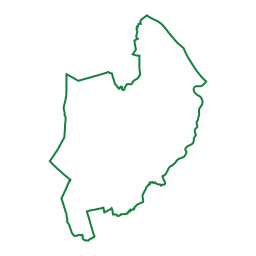 outline of Cang Long, Trà Vinh, Vietnam
{"feature_id": "81297802B14177599577280", "entity_name": "Cang Long", "entity_type": "district", "adm_level": 2, "iso_a3": "VNM", "parent_name": "Vietnam", "parent_adm1": "Trà Vinh", "projection": "equal_earth", "projection_center": [106.203, 9.971], "detail": "fine", "context": "isolated", "style": "outline", "palette": "green", "viewbox_px": 256, "rotation_deg": 0, "n_neighbors": 0, "source": "geoboundaries", "source_scale": "gbopen_adm2", "svg_char_len": 5643}
<svg xmlns="http://www.w3.org/2000/svg" viewBox="0 0 256 256"><path d="M183.4,47.9L182.8,47.5L177.6,43.1L175.5,40.8L168.7,32.7L165.4,28.3L163.7,26.3L161.6,24.1L159.3,22.3L156.6,20.7L155.7,20.3L154.6,19.9L149.2,17.0L146.8,15.4L141.9,19.2L141.3,19.5L141.0,19.9L140.8,20.3L140.2,22.3L140.5,22.7L140.8,23.8L139.9,23.7L139.7,23.8L138.9,23.9L138.6,23.9L138.4,24.3L138.2,25.4L138.1,26.3L137.1,26.4L136.6,27.5L137.2,28.4L136.5,29.4L137.4,32.0L136.7,34.1L136.4,35.2L136.3,36.8L136.5,37.7L136.7,38.0L137.7,38.7L136.9,39.1L134.4,40.6L134.7,42.9L135.9,49.5L135.6,50.1L132.7,54.3L136.2,55.4L136.7,55.5L139.4,55.7L139.3,57.6L139.4,60.0L139.4,67.8L139.6,70.3L139.8,71.8L140.1,74.1L140.0,74.8L139.8,75.3L137.7,78.3L137.1,78.8L134.6,80.1L134.0,80.6L133.3,81.3L132.8,81.8L131.9,83.8L131.7,84.0L131.3,84.2L126.8,84.2L124.8,87.6L124.3,89.4L123.8,90.0L123.7,90.1L123.4,90.1L122.8,89.7L122.1,89.5L122.1,89.3L121.9,88.2L122.1,87.9L122.1,87.3L122.0,87.1L121.9,86.9L121.5,86.7L120.8,86.6L120.6,86.7L120.0,87.5L119.4,88.7L119.2,88.8L118.5,88.4L116.3,85.4L115.3,84.3L114.9,83.7L114.7,83.1L114.2,81.2L113.9,79.9L112.9,77.5L112.6,76.2L112.2,74.5L112.1,73.9L111.9,73.6L111.8,73.4L111.6,73.3L110.2,73.2L109.9,73.1L108.6,72.1L108.2,72.0L107.8,72.1L106.6,72.7L105.8,73.0L105.3,73.1L99.1,74.9L96.9,75.6L94.8,76.1L92.9,76.7L91.3,77.1L90.9,77.3L90.4,77.6L89.3,77.7L78.2,80.8L75.2,79.0L66.6,74.2L66.5,75.2L66.5,77.9L66.4,82.2L66.5,87.8L66.3,94.9L66.3,95.6L65.9,97.2L65.6,99.5L65.3,100.9L64.8,102.6L64.1,105.6L63.9,106.6L63.6,107.5L64.2,111.2L64.5,112.3L64.7,113.5L64.7,114.1L64.5,114.7L64.5,115.0L64.6,115.4L65.3,116.5L65.5,116.9L65.6,117.3L65.6,117.7L65.6,119.7L65.2,123.9L65.1,124.7L65.0,127.2L64.9,129.3L64.8,130.7L64.7,132.2L64.3,137.1L64.1,137.8L63.8,138.4L62.8,140.1L61.7,142.2L60.3,144.7L59.9,145.7L59.1,146.9L58.0,149.1L56.2,151.8L50.4,160.3L50.2,160.7L49.8,161.1L50.3,161.5L51.7,163.2L55.9,167.3L57.7,169.0L60.0,170.9L61.8,172.5L62.1,172.9L63.9,174.5L70.4,179.8L70.0,180.8L69.6,180.5L68.5,183.1L68.3,183.4L66.2,188.4L64.4,192.2L61.7,198.0L61.4,198.2L61.8,199.5L62.3,200.7L62.6,202.3L62.9,202.7L63.3,203.9L64.3,207.5L64.9,209.2L65.5,211.6L66.3,213.4L66.4,213.8L66.6,214.9L66.6,215.9L66.8,216.7L66.7,217.5L67.4,219.3L67.4,219.6L67.1,221.1L67.1,221.8L67.1,222.0L67.3,222.2L68.6,223.9L69.0,224.5L69.5,225.9L69.9,227.2L70.2,228.1L71.1,230.5L71.8,232.8L72.5,233.7L73.0,234.5L73.8,235.4L74.4,235.9L75.4,235.8L77.4,235.7L77.7,235.5L78.3,235.0L78.9,234.9L79.2,234.8L79.6,234.9L80.8,235.3L81.0,235.2L82.1,234.8L82.6,235.5L82.8,236.0L82.8,236.9L82.6,237.5L82.6,238.1L82.7,238.5L83.0,238.8L83.8,239.6L84.6,240.1L85.0,240.1L85.2,240.4L86.6,240.4L87.8,240.6L88.3,240.6L89.1,239.7L89.5,239.4L91.8,238.3L93.0,237.4L93.6,237.3L94.0,237.2L94.5,236.7L94.4,236.2L94.0,235.3L92.6,231.0L92.2,229.6L92.2,229.2L90.6,224.2L89.8,221.3L89.4,219.9L88.4,216.4L87.8,214.7L86.9,211.4L88.8,210.8L92.3,210.0L95.2,209.6L102.3,208.0L103.4,207.6L103.9,210.2L104.0,210.5L104.4,212.4L107.7,210.7L110.6,209.2L111.6,208.2L112.2,209.6L112.4,210.4L113.0,214.5L114.4,214.5L115.8,214.3L116.4,214.8L116.7,214.9L117.0,215.1L117.2,215.4L117.3,215.9L118.2,215.9L118.9,215.8L119.4,215.7L119.9,215.4L120.7,214.7L120.8,214.3L121.8,214.3L126.2,214.0L126.3,214.0L126.4,213.7L127.4,213.2L127.6,213.2L127.6,212.5L129.2,211.7L129.5,211.6L129.2,210.7L130.3,209.8L130.5,210.7L132.7,209.4L133.2,209.1L133.3,209.2L133.8,208.9L134.0,209.2L134.4,208.7L134.3,207.4L137.2,204.7L139.3,203.6L140.6,203.0L141.7,202.6L143.2,201.9L143.1,200.1L142.5,196.4L142.5,195.8L142.8,194.6L143.3,193.7L143.6,193.1L144.1,192.0L144.7,191.0L145.5,189.5L146.1,188.2L146.3,187.4L146.5,187.0L147.2,186.4L147.5,185.9L148.0,185.3L148.2,184.8L148.4,184.6L148.6,184.5L148.8,184.4L149.4,184.7L149.6,184.7L149.8,184.1L149.8,183.8L149.6,182.7L149.8,182.6L150.3,182.2L151.1,182.5L151.5,182.6L152.1,182.1L152.4,182.0L152.5,182.1L153.3,183.0L153.6,183.1L154.1,182.8L154.5,182.6L154.7,182.4L155.1,182.4L155.3,182.5L155.8,183.2L156.1,183.5L156.6,183.8L157.8,184.2L158.2,184.3L159.1,184.4L160.0,184.4L160.2,184.5L160.5,184.7L160.6,185.3L160.8,185.6L161.0,185.7L161.8,185.1L162.6,184.7L163.1,184.5L163.6,184.5L164.3,184.7L164.8,184.1L165.2,183.3L165.2,183.0L165.2,182.7L164.6,181.5L164.2,180.9L163.6,179.5L163.5,178.9L162.9,177.6L162.5,176.9L162.4,176.4L162.5,176.1L162.9,175.7L163.9,175.6L164.3,175.4L164.8,175.0L165.3,174.6L166.3,173.0L167.4,171.0L168.3,169.0L168.7,168.3L169.4,167.3L169.9,166.7L170.4,166.3L171.0,166.0L172.2,165.5L172.6,165.2L175.6,162.3L176.2,161.2L177.5,159.8L178.2,159.2L178.8,158.9L180.0,158.4L181.8,157.8L184.0,156.7L184.4,156.3L184.8,155.8L185.7,154.2L186.2,153.1L186.4,152.3L186.4,151.7L185.5,150.1L185.3,149.5L185.4,148.7L185.6,148.2L186.1,147.6L187.2,146.6L188.2,145.9L189.7,145.3L191.0,144.6L191.9,144.1L192.9,143.1L193.2,142.7L193.4,142.2L193.7,140.7L193.9,138.8L194.0,138.2L194.1,137.9L194.4,137.3L194.7,136.7L195.5,135.8L195.8,135.3L195.9,135.0L195.8,134.7L195.7,134.2L194.8,132.4L194.7,131.8L194.9,130.4L195.1,129.7L195.5,128.9L195.8,128.4L196.8,127.5L197.2,126.9L197.3,126.5L197.2,125.7L196.6,123.7L196.6,122.6L196.7,122.3L196.9,121.7L197.5,120.7L198.0,119.8L198.1,119.4L198.1,118.3L198.3,117.5L199.1,115.2L199.2,114.6L199.2,114.1L199.1,113.5L199.0,111.5L199.0,110.6L199.1,109.6L199.5,108.5L200.9,106.3L202.1,104.5L202.5,102.9L202.5,102.0L202.5,101.0L201.7,98.9L200.8,97.4L200.4,96.8L200.1,96.6L198.3,95.6L196.9,94.6L195.6,93.5L194.8,92.6L194.3,91.9L193.8,90.8L193.7,90.0L193.7,89.1L193.8,88.4L194.2,87.7L194.6,87.2L195.4,86.5L196.4,86.2L197.0,86.2L199.7,86.3L200.8,86.2L201.5,85.9L202.3,85.4L203.3,84.6L205.3,82.6L206.2,81.5L202.4,77.9L196.7,71.0L188.7,58.7L185.5,52.6L183.4,47.9Z" fill="none" stroke="#15803d" stroke-width="2"/></svg>